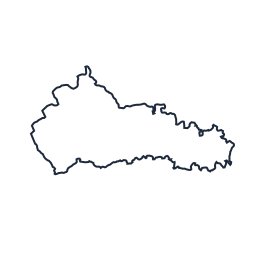 Edéia, Goiás, Brazil, rotated 248°
{"feature_id": "56859067B71321794854709", "entity_name": "Edéia", "entity_type": "district", "adm_level": 2, "iso_a3": "BRA", "parent_name": "Brazil", "parent_adm1": "Goiás", "projection": "albers", "projection_center": [-49.992, -17.506], "detail": "fine", "context": "isolated", "style": "outline", "palette": "slate", "viewbox_px": 256, "rotation_deg": 248, "n_neighbors": 0, "source": "geoboundaries", "source_scale": "gbopen_adm2", "svg_char_len": 5832}
<svg xmlns="http://www.w3.org/2000/svg" viewBox="0 0 256 256"><g transform="rotate(248 128 128)"><path d="M72.9,156.5L73.6,159.6L73.1,160.3L72.1,160.2L70.7,162.3L70.0,163.1L69.0,165.5L68.0,166.4L66.8,168.1L66.3,168.9L65.8,169.9L65.9,171.1L67.0,171.5L68.3,171.7L69.1,172.3L69.7,173.0L70.9,175.4L70.7,176.3L70.1,177.1L69.4,176.7L68.5,176.4L68.0,177.1L67.7,178.3L66.4,179.3L65.2,179.3L64.3,178.9L63.0,178.9L61.5,179.8L62.0,180.6L62.9,181.1L63.2,181.9L62.9,183.1L62.5,184.6L61.9,186.0L61.1,186.4L59.7,186.3L58.3,186.6L57.8,187.5L57.0,187.9L57.5,188.9L57.5,189.8L57.1,190.6L57.6,191.4L57.6,192.6L58.2,193.8L59.0,194.2L60.1,194.4L60.9,194.8L61.8,195.4L62.5,196.0L63.3,197.3L62.0,197.8L61.3,199.1L60.4,200.2L59.4,200.5L58.2,200.7L57.0,201.3L55.6,201.6L55.3,202.8L56.5,204.0L58.1,205.5L59.1,206.1L60.1,206.1L61.0,205.8L61.0,207.2L59.5,208.0L58.6,208.2L57.6,208.2L56.7,208.7L55.6,209.0L56.1,209.9L57.7,210.9L58.6,210.2L59.7,209.9L60.7,210.2L62.0,210.8L63.7,211.4L65.2,212.6L66.7,213.5L67.6,213.9L68.5,215.0L69.7,216.1L70.5,216.8L71.0,217.5L71.6,219.2L72.5,219.9L73.5,220.1L74.6,219.6L75.8,218.5L77.0,218.1L78.0,217.2L77.4,214.2L79.0,214.0L79.8,214.6L80.9,214.4L82.3,213.0L82.9,212.0L83.8,211.1L85.1,210.9L85.1,212.3L84.6,213.3L85.7,214.5L86.8,214.7L87.6,214.0L88.5,214.2L89.6,214.9L90.5,214.1L91.3,213.6L91.3,212.4L91.6,211.0L92.1,210.1L93.6,209.9L94.7,210.5L95.6,211.0L96.6,210.4L97.7,209.3L98.9,208.5L98.4,207.5L97.4,207.4L96.4,206.8L95.9,205.7L95.3,204.3L95.3,203.0L95.3,202.0L96.1,201.7L96.0,200.3L96.4,198.9L97.2,197.6L96.9,196.2L96.0,195.5L94.8,195.2L93.8,194.7L93.5,193.9L93.5,192.9L94.0,191.7L96.2,192.2L97.3,192.6L97.5,194.4L98.6,195.3L99.2,194.5L99.8,193.1L101.3,193.2L102.3,192.5L103.1,192.3L104.0,192.7L104.8,192.3L105.0,191.4L105.7,192.1L107.1,191.7L108.0,191.6L108.6,190.4L109.5,189.2L109.2,187.9L108.4,186.5L106.7,185.8L106.1,184.5L105.6,183.1L107.0,180.2L109.5,181.2L111.3,181.7L112.9,182.1L113.6,181.1L113.7,179.9L113.4,178.7L112.6,176.1L112.7,174.9L113.4,174.0L115.4,175.0L116.5,175.3L118.1,175.9L119.2,176.1L120.5,176.1L122.3,176.5L124.0,175.7L124.5,174.3L125.9,173.3L126.0,172.0L125.7,171.1L126.0,169.9L126.7,169.0L128.0,168.8L128.7,167.7L129.0,166.5L129.6,165.3L130.9,165.1L131.7,165.5L132.8,165.5L133.6,166.0L133.7,167.2L133.0,168.2L132.5,169.1L133.1,170.0L134.5,170.6L135.4,170.5L136.4,170.2L137.0,167.7L137.4,166.6L138.7,164.5L139.2,163.3L139.2,162.4L139.0,161.5L138.0,161.0L136.2,160.6L135.4,160.2L134.6,159.9L133.4,158.7L132.9,156.9L133.7,157.0L134.6,157.8L135.6,158.6L136.9,158.9L138.1,158.9L139.0,158.2L139.1,157.0L139.7,155.9L141.3,154.1L143.6,153.2L144.6,152.1L144.9,149.0L145.5,146.6L146.0,145.5L146.5,144.0L147.0,141.5L147.2,140.1L147.1,138.2L147.9,136.8L148.7,135.6L149.0,134.2L148.7,133.2L148.2,132.4L148.0,131.2L148.8,129.9L150.1,127.4L151.1,127.3L153.2,128.0L154.1,127.8L155.2,127.3L156.3,127.1L158.6,127.3L159.8,127.0L161.0,126.1L162.9,125.9L164.0,125.9L164.9,125.9L165.9,125.5L167.0,124.7L167.8,123.7L168.9,123.5L169.4,122.6L170.2,122.0L171.3,121.6L172.4,121.4L173.5,121.6L174.4,121.4L175.2,121.0L175.9,120.2L176.7,118.7L178.0,117.5L178.6,116.6L179.0,115.3L179.6,114.6L180.3,114.1L181.4,113.9L181.7,115.1L182.7,115.9L184.0,115.8L185.4,114.8L187.9,114.1L188.9,113.1L189.6,112.2L190.7,111.9L191.9,112.6L193.1,113.8L195.1,114.6L196.9,114.5L198.0,114.1L199.3,114.1L200.2,113.5L200.7,112.3L200.7,111.4L199.0,111.3L197.0,110.6L195.3,110.1L194.2,109.5L193.8,108.8L193.7,107.9L194.2,106.9L194.8,105.9L195.0,105.0L195.1,103.9L195.1,102.8L195.0,101.4L194.7,100.4L193.2,100.5L192.3,100.3L190.0,98.8L188.9,98.3L187.7,98.0L186.2,97.3L185.3,96.1L184.8,93.6L184.9,92.0L186.4,90.4L187.9,89.6L189.1,88.8L190.3,88.4L190.9,87.4L191.3,86.2L192.2,82.5L192.0,81.6L191.6,80.6L191.7,79.1L192.0,77.7L191.8,76.5L191.5,75.4L191.1,74.6L190.8,73.7L189.9,72.0L188.8,71.3L187.5,71.5L184.2,71.4L181.5,72.7L179.9,72.6L178.9,72.3L177.6,72.4L176.2,72.4L175.7,70.9L175.8,70.0L176.2,68.8L176.6,68.0L177.8,67.1L178.6,66.2L178.7,64.2L178.7,62.5L178.6,61.0L178.1,60.0L177.6,58.5L177.2,57.7L176.8,56.5L176.1,55.0L169.3,55.5L168.7,54.1L169.3,52.5L169.0,50.4L168.8,48.2L168.1,46.4L168.1,44.4L168.0,42.9L166.8,40.7L166.2,39.8L160.6,39.9L159.0,35.9L148.1,36.0L147.3,36.7L145.7,36.9L143.5,36.4L141.2,36.2L139.5,37.4L137.1,38.2L135.7,39.3L134.0,39.3L132.0,39.5L130.5,40.0L128.4,41.2L127.1,42.5L125.8,43.0L124.5,43.4L121.7,43.7L120.2,43.6L119.0,44.7L117.5,45.1L116.2,43.5L114.1,43.6L113.0,42.8L112.3,43.4L112.1,45.6L112.2,46.8L111.6,48.9L111.5,50.1L110.8,50.8L110.4,51.9L110.5,52.9L110.3,54.2L110.8,55.4L111.8,56.0L113.1,57.3L113.4,58.5L113.7,59.9L113.8,61.3L114.7,63.7L114.8,65.2L115.1,66.8L115.7,67.7L118.3,68.6L118.3,70.2L117.7,71.7L116.4,71.9L115.7,71.1L114.7,71.2L113.9,72.6L112.1,75.8L111.7,77.3L111.3,78.5L111.8,79.7L110.9,80.3L110.5,81.2L109.6,81.8L108.6,82.8L107.3,82.5L105.8,82.9L104.7,83.6L104.0,84.3L102.8,87.0L102.1,87.6L101.2,87.8L101.6,89.0L101.6,90.1L101.0,90.9L100.3,91.6L100.1,92.8L100.7,94.7L100.9,96.2L100.7,97.3L101.6,100.6L101.7,101.9L101.2,102.8L100.9,104.1L101.2,105.1L100.7,106.5L100.9,108.6L99.8,109.2L99.6,110.5L99.9,111.9L98.9,113.8L98.1,114.2L96.9,114.0L95.9,114.4L95.1,114.0L94.6,115.5L94.4,116.7L93.9,117.4L94.6,119.5L95.7,119.4L96.3,120.6L96.2,121.8L97.4,123.5L97.2,124.9L95.8,125.5L94.8,126.2L94.4,127.3L94.6,128.6L95.0,129.9L95.8,130.7L96.1,131.8L94.4,132.6L93.3,133.3L93.5,134.1L94.7,134.3L95.1,135.5L94.6,136.6L94.3,137.7L93.7,138.3L93.1,139.2L92.3,139.9L91.4,140.1L89.6,139.5L89.1,140.7L90.1,143.0L89.7,144.3L89.7,145.6L89.4,146.4L89.1,147.3L88.2,148.3L87.0,148.2L86.5,149.5L86.3,150.6L87.1,151.3L87.5,152.1L87.5,153.8L86.8,154.4L85.1,154.8L83.8,154.1L83.2,155.1L82.9,156.1L82.3,155.3L81.6,155.9L79.9,156.5L79.2,157.1L79.0,158.4L77.6,157.9L76.7,157.2L75.2,156.4L74.3,156.1L74.0,155.1L73.1,155.4L72.9,156.5ZM132.9,156.9L131.7,157.7L131.7,156.7L132.9,156.9Z" fill="none" stroke="#1e293b" stroke-width="2"/></g></svg>